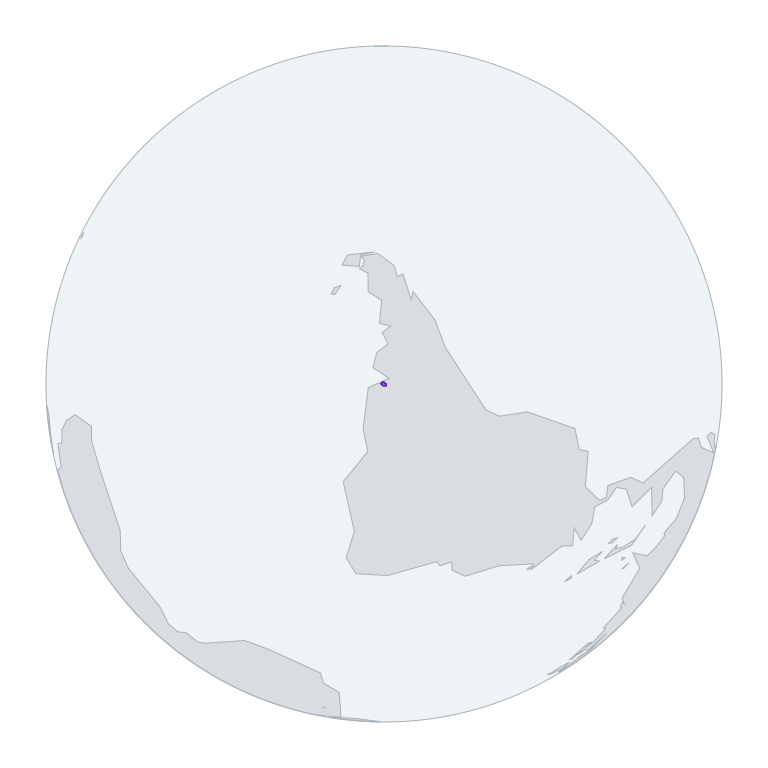 Flores highlighted on a globe, orthographic projection, rotated 148°
{"feature_id": "URY-7", "entity_name": "Flores", "entity_type": "Department", "adm_level": 1, "iso_a3": "URY", "parent_name": "Uruguay", "parent_adm1": "", "projection": "orthographic", "projection_center": [-56.945, -33.556], "detail": "fine", "context": "on_globe", "style": "filled", "palette": "violet", "viewbox_px": 768, "rotation_deg": 148, "n_neighbors": 0, "source": "natural_earth", "source_scale": "10m", "svg_char_len": 3925}
<svg xmlns="http://www.w3.org/2000/svg" viewBox="0 0 768 768"><g transform="rotate(148 384 384)"><circle cx="384" cy="384" r="338" fill="#eef3f6" stroke="#a8b0b8"/><path d="M298.9,57.0L298.0,57.2L301.4,56.8L308.2,54.9L308.0,54.7L337.9,49.2L368.1,46.5L388.2,46.6L388.6,47.1L372.4,48.2L348.5,49.7L327.4,54.7L352.9,50.0L353.4,52.5L358.4,52.7L365.2,52.2L369.6,50.9L372.3,51.9L348.1,56.1L345.4,55.2L353.1,53.6L341.8,54.7L325.6,59.1L327.1,60.9L300.9,68.3L301.7,69.9L296.4,73.0L296.9,69.6L295.5,76.4L264.9,92.0L262.4,109.0L252.1,98.9L240.7,101.2L226.4,106.5L225.6,109.2L207.8,114.7L189.4,128.2L179.4,146.1L182.9,155.6L203.1,147.2L210.6,137.4L226.3,130.3L211.8,154.5L238.7,148.5L234.2,166.3L241.6,173.1L255.8,167.0L270.3,168.1L281.7,155.5L299.7,147.0L299.0,161.2L309.7,146.8L319.2,152.3L355.4,148.8L352.4,152.2L382.8,168.9L417.1,178.0L425.0,190.1L420.8,197.2L432.9,200.3L433.1,205.3L482.5,219.7L508.4,238.1L508.0,256.8L487.2,274.8L470.4,322.7L433.5,335.3L425.6,356.9L399.3,389.2L376.7,386.1L384.7,403.7L373.5,414.5L359.3,415.7L358.2,428.7L347.8,429.6L355.8,437.8L341.5,456.4L348.6,470.6L338.8,486.5L343.9,495.0L339.2,495.3L335.0,499.2L335.6,504.4L320.1,498.0L312.6,478.6L315.8,467.9L309.6,467.3L316.2,441.1L310.4,447.0L306.9,411.5L312.6,382.3L311.3,308.1L303.2,295.5L277.2,284.4L245.7,244.9L253.1,225.1L246.6,218.6L267.7,190.2L262.9,171.0L255.6,169.9L248.0,179.2L224.1,174.1L216.9,162.7L151.1,173.7L145.9,171.7L148.6,162.2L140.9,151.1L137.6,168.6L131.9,169.4L130.0,165.6L134.5,160.5L137.8,153.0L135.2,155.3L152.2,138.1L170.4,122.1L189.7,107.5L210.0,94.3L231.1,82.6L253.1,72.5L275.7,63.9L298.9,57.0ZM259.2,116.1L290.1,119.0L271.1,124.1L275.0,121.4L267.4,119.1L252.9,119.2L236.7,126.0L259.2,116.1ZM276.3,101.9L270.8,102.5L276.4,101.2L276.3,101.9ZM346.9,512.9L321.9,500.9L335.5,505.8L342.5,496.8L356.5,507.0L346.9,512.9ZM368.5,490.4L378.1,485.9L381.0,488.4L375.1,492.1L368.5,490.4ZM602.7,126.4L605.5,129.5L598.3,124.7L585.0,115.1L566.3,99.7L574.3,104.8L602.7,126.4ZM712.9,461.4L706.2,484.1L701.8,484.6L692.1,506.2L688.4,504.8L681.5,515.8L672.8,521.3L662.1,521.6L654.6,502.9L662.0,491.1L670.4,461.3L685.4,399.5L695.7,382.0L698.4,363.3L692.0,312.7L694.0,295.2L690.3,283.2L683.8,278.1L678.6,264.0L673.8,259.4L638.2,240.4L622.2,219.8L591.1,172.6L593.9,162.1L585.4,146.2L597.1,124.1L609.7,133.7L621.1,143.2L638.0,161.2L653.6,180.3L667.8,200.6L680.5,221.8L691.5,243.9L700.9,266.8L708.7,290.3L714.6,314.2L718.9,338.6L721.3,363.2L721.9,387.9L720.7,412.6L717.7,437.1L712.9,461.4ZM604.9,139.3L607.4,143.2L604.9,139.3ZM356.6,148.6L360.9,151.1L355.0,151.5L356.6,148.6ZM267.7,129.8L274.6,128.5L278.0,129.7L272.5,131.4L267.7,129.8ZM327.5,120.2L335.8,120.5L326.9,122.4L327.5,120.2ZM295.1,119.5L320.9,120.6L303.6,126.5L287.5,126.3L299.0,123.2L295.1,119.5ZM271.6,108.8L275.7,108.6L274.0,110.9L271.6,108.8ZM280.4,101.1L278.6,101.6L276.9,100.5L280.4,101.1ZM354.8,52.3L356.8,52.0L363.4,51.7L359.7,52.4L354.8,52.3ZM396.3,49.5L399.7,51.3L394.7,50.1L390.2,50.8L374.2,49.9L387.9,47.3L384.6,48.3L396.3,49.5ZM356.6,49.2L365.3,49.3L355.3,49.4L356.6,49.2ZM565.0,667.7L558.0,671.9L561.2,669.4L565.0,667.7ZM687.1,533.4L681.3,543.8L684.7,535.2L692.2,520.4L701.7,499.2L687.1,533.4ZM201.9,668.6L210.5,674.0L213.4,675.7L201.9,668.6Z" fill="#d9dde1" stroke="#a8b0b8" stroke-width="1"/><path d="M383.1,381.4L383.3,381.7L383.5,381.8L383.9,381.8L384.0,381.8L384.3,381.9L384.5,382.0L384.6,382.3L384.9,382.3L385.0,382.4L385.3,382.5L385.5,382.7L385.8,383.1L385.9,383.3L385.9,383.5L386.0,383.6L386.1,383.8L386.4,384.8L386.5,384.9L386.5,385.1L386.5,385.8L386.5,386.0L386.4,386.0L385.8,385.8L385.7,385.7L385.5,385.9L385.4,386.0L384.9,386.1L384.6,386.4L384.6,386.5L384.4,386.5L383.6,386.4L383.4,386.4L383.2,386.2L383.1,385.9L383.1,385.7L382.8,385.2L382.9,384.5L382.9,384.4L382.9,384.2L382.7,384.2L382.5,383.9L382.4,383.8L382.4,383.7L382.3,383.3L382.3,383.2L382.2,383.2L382.0,382.9L382.6,382.2L383.0,381.7L383.1,381.4Z" fill="#8b5cf6" stroke="#5b21b6" stroke-width="1.5"/></g></svg>